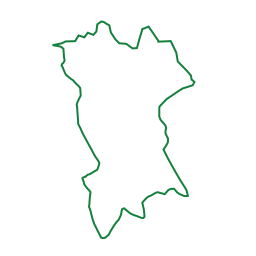 outline of Al-Hilla, Babil, Iraq, rotated 356°
{"feature_id": "34846034B12502380306420", "entity_name": "Al-Hilla", "entity_type": "district", "adm_level": 2, "iso_a3": "IRQ", "parent_name": "Iraq", "parent_adm1": "Babil", "projection": "robinson", "projection_center": [44.41, 32.357], "detail": "fine", "context": "isolated", "style": "outline", "palette": "green", "viewbox_px": 256, "rotation_deg": 356, "n_neighbors": 0, "source": "geoboundaries", "source_scale": "gbopen_adm2", "svg_char_len": 2426}
<svg xmlns="http://www.w3.org/2000/svg" viewBox="0 0 256 256"><g transform="rotate(356 128 128)"><path d="M181.4,56.1L176.7,44.3L164.3,44.0L164.3,43.0L162.6,40.2L159.3,34.5L155.6,28.3L151.7,29.6L149.1,30.4L148.3,32.9L145.5,40.2L142.5,48.9L138.1,48.9L133.7,45.2L132.1,43.9L125.3,42.9L121.6,38.7L117.6,31.5L116.5,24.3L114.3,22.9L111.3,20.6L108.8,19.9L104.6,22.5L103.2,29.5L99.9,32.7L98.8,32.1L94.5,30.2L90.8,34.5L85.2,32.3L81.3,37.7L71.8,37.3L67.8,38.9L61.3,39.8L58.5,40.1L62.9,41.1L66.4,42.1L68.5,43.8L69.1,44.6L69.1,47.7L69.1,51.0L69.1,53.3L69.4,55.3L69.4,56.4L69.0,57.1L67.8,58.8L66.7,59.5L66.1,61.2L66.9,62.6L68.1,66.1L69.0,68.8L70.1,70.9L74.2,74.8L76.8,76.8L77.7,78.2L79.6,80.5L81.3,82.2L83.0,84.6L83.1,86.4L83.1,89.8L83.1,92.2L82.4,93.6L81.1,95.5L80.4,96.9L79.5,98.5L78.5,100.9L78.7,104.1L78.7,107.7L78.7,110.6L78.7,112.5L78.7,115.0L78.7,116.4L78.7,118.5L78.5,119.8L79.2,122.0L80.5,124.9L81.4,127.4L82.2,129.6L83.4,132.4L84.6,135.0L87.6,141.7L90.0,146.7L92.2,151.8L94.0,155.3L95.9,158.4L97.0,160.9L96.2,163.4L95.3,165.7L94.3,167.5L93.6,167.9L90.6,169.3L89.5,170.0L87.8,170.7L86.4,171.5L84.8,171.7L83.1,172.8L82.3,173.7L81.2,173.7L80.3,174.2L79.6,174.4L79.0,174.9L79.9,177.9L80.4,180.9L81.5,182.9L83.2,185.4L85.0,187.7L86.0,189.1L86.1,189.5L85.2,193.8L84.5,198.6L84.1,201.7L83.6,203.9L84.5,206.5L85.6,212.6L86.3,216.3L87.6,221.3L88.8,224.1L90.4,228.1L91.7,231.0L92.2,232.4L92.3,232.5L92.9,233.9L93.4,235.4L95.3,236.1L96.7,236.1L98.1,235.5L101.4,233.1L103.2,230.0L106.0,226.0L108.4,222.9L110.4,220.5L111.4,219.8L112.4,218.7L114.1,215.7L115.1,213.6L115.8,210.5L116.4,208.6L117.7,208.0L118.6,207.9L122.5,211.7L124.5,213.5L127.8,215.3L131.0,216.6L134.0,218.1L136.0,218.8L136.8,218.9L138.0,218.1L138.2,217.3L138.3,214.7L138.1,210.5L137.6,207.0L137.4,205.5L137.0,203.8L137.3,203.2L139.2,201.3L141.2,199.5L142.2,198.6L144.2,197.6L146.7,196.8L149.1,195.5L151.4,194.5L153.1,194.1L155.7,195.1L158.0,195.8L160.0,196.6L164.0,192.6L166.8,191.7L169.8,191.9L172.3,195.4L174.8,197.5L179.6,199.9L183.0,199.9L182.1,194.4L181.0,192.0L176.4,183.5L170.9,172.3L165.8,161.3L161.9,152.0L165.0,147.9L166.8,145.1L167.2,141.5L165.1,136.3L165.1,134.1L166.0,130.7L165.5,128.0L161.1,122.2L160.0,118.7L160.3,114.7L160.5,111.8L160.8,109.1L162.5,107.3L168.5,101.9L171.8,100.0L179.2,95.7L185.2,92.4L195.5,89.9L197.5,86.7L195.2,84.4L194.8,84.1L194.5,80.2L193.0,78.1L190.2,74.4L182.3,65.2L181.4,56.1Z" fill="none" stroke="#15803d" stroke-width="2"/></g></svg>